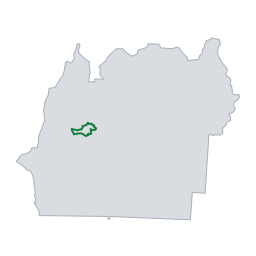 location of Sharg An Neel, Khartoum, Sudan, rotated 181°
{"feature_id": "16777658B39366456594232", "entity_name": "Sharg An Neel", "entity_type": "district", "adm_level": 2, "iso_a3": "SDN", "parent_name": "Sudan", "parent_adm1": "Khartoum", "projection": "orthographic", "projection_center": [33.17, 15.691], "detail": "fine", "context": "in_parent", "style": "outline", "palette": "green", "viewbox_px": 256, "rotation_deg": 181, "n_neighbors": 0, "source": "geoboundaries", "source_scale": "gbopen_adm2", "svg_char_len": 5479}
<svg xmlns="http://www.w3.org/2000/svg" viewBox="0 0 256 256"><g transform="rotate(181 128 128)"><path d="M180.4,211.3L177.8,211.3L177.6,210.7L177.6,209.0L177.9,207.8L178.8,205.8L178.6,204.7L178.7,203.2L178.0,201.5L172.0,196.4L170.8,195.0L167.5,193.7L168.1,192.3L166.7,182.0L167.4,180.8L167.6,178.9L167.6,177.4L168.4,174.7L168.4,173.6L162.0,173.5L161.9,174.6L162.2,175.9L162.2,176.4L153.3,176.4L156.9,180.5L157.0,182.3L156.8,184.5L156.8,185.9L157.0,186.9L158.0,188.7L157.9,189.0L157.7,189.5L151.3,194.8L150.3,197.3L149.4,198.6L147.5,200.9L141.7,206.6L140.7,207.0L136.3,207.1L135.9,207.2L135.5,207.5L135.3,207.4L131.6,204.0L125.2,199.8L121.0,201.9L119.8,202.7L119.8,204.6L119.1,205.6L118.0,206.7L114.9,207.3L113.2,207.9L111.3,208.9L109.4,210.7L109.2,211.7L109.4,212.6L98.7,212.3L98.0,211.6L96.5,208.5L95.4,208.7L85.6,208.0L84.2,208.3L81.4,209.5L79.9,209.7L78.5,209.0L73.5,202.9L72.4,202.1L71.3,200.6L70.2,200.0L69.8,199.5L69.7,198.8L69.8,197.5L69.4,196.7L68.6,196.5L61.7,197.6L60.8,197.4L59.3,197.6L58.8,197.8L58.2,198.6L58.1,200.3L57.9,201.1L57.3,202.0L55.3,203.9L54.9,204.8L54.9,207.0L54.7,208.2L54.4,208.7L53.5,209.5L53.2,210.0L52.8,212.9L51.7,214.5L51.4,215.2L51.3,216.4L51.2,216.8L48.0,217.6L46.8,218.2L46.1,219.2L45.9,219.6L44.6,219.2L42.9,218.8L39.7,218.4L38.4,217.9L37.8,217.2L38.0,215.4L37.7,215.0L37.2,214.7L36.9,213.9L37.0,213.0L38.7,211.1L39.1,210.1L39.7,205.0L39.6,203.5L38.4,200.6L35.4,195.6L34.7,194.6L30.9,190.4L30.5,189.7L29.6,188.0L30.8,184.3L30.9,183.3L30.7,182.2L29.7,181.4L28.8,181.2L27.7,180.2L27.0,179.7L26.4,178.8L26.0,177.5L26.5,173.1L26.3,172.5L25.3,172.3L25.1,172.0L25.1,171.2L24.7,168.6L24.2,166.5L24.6,165.4L23.8,163.8L22.3,163.0L19.2,163.4L18.2,163.3L17.6,162.9L17.1,162.3L16.9,161.6L17.2,160.6L18.2,158.8L19.3,157.3L21.6,156.1L22.2,155.3L22.6,154.5L22.7,153.6L22.6,152.6L22.3,151.6L21.8,150.4L21.2,148.9L21.3,148.0L21.6,147.3L22.2,146.5L24.4,145.0L26.7,143.8L27.1,143.3L27.0,142.7L26.0,141.6L25.8,139.4L25.3,137.9L26.5,136.8L27.4,136.4L28.7,136.2L29.2,135.7L29.4,134.8L29.4,133.9L29.9,133.3L30.6,132.0L31.1,131.4L32.9,129.8L33.3,128.8L33.5,127.8L33.2,124.7L34.2,123.5L35.5,122.5L37.3,122.7L40.1,122.6L42.1,122.2L43.4,122.3L46.5,123.0L46.8,122.8L47.0,122.0L49.8,64.1L62.4,64.7L62.6,64.6L64.0,37.3L143.1,39.2L143.7,39.1L145.0,36.6L145.5,36.4L146.3,36.6L146.6,37.2L145.9,39.2L215.2,38.9L215.4,42.0L216.0,44.5L218.1,48.0L219.8,49.9L220.4,51.0L220.5,51.5L220.4,51.9L219.9,51.4L219.1,51.1L219.0,52.7L219.5,56.1L220.2,58.5L219.8,60.8L219.9,64.5L220.9,69.0L220.8,71.9L222.5,78.6L224.0,82.3L224.8,83.2L225.7,83.7L227.4,83.9L229.9,85.8L231.9,87.7L232.7,88.8L233.7,89.9L234.3,89.7L234.7,89.4L235.4,90.3L238.6,92.2L239.1,93.1L238.0,94.1L236.7,95.7L236.1,97.2L235.8,97.6L234.7,98.6L234.6,99.0L234.1,99.3L233.6,99.3L232.6,99.9L231.6,99.7L230.6,100.0L230.3,100.4L229.5,100.7L228.5,100.9L226.9,102.2L225.4,102.8L225.0,103.3L224.3,105.8L223.7,106.4L221.6,106.5L220.6,106.8L219.2,106.5L218.5,106.6L218.3,107.1L218.1,109.2L218.1,110.1L217.0,112.6L217.4,117.1L216.3,120.5L216.2,121.3L215.0,124.0L214.5,125.0L213.0,130.0L212.5,131.6L211.2,133.2L212.7,145.2L211.7,148.9L211.8,150.9L211.1,153.9L210.5,155.3L209.5,156.9L208.7,158.8L208.1,161.3L207.7,165.9L207.4,166.3L203.6,166.9L202.4,167.3L201.6,167.8L200.6,169.0L198.7,172.3L197.6,174.3L196.0,177.0L194.2,178.9L193.8,179.9L193.5,181.6L192.8,184.4L192.2,186.4L192.3,187.9L191.7,190.7L191.8,192.0L191.2,192.8L190.3,193.5L189.7,193.7L187.0,191.8L185.1,193.1L183.9,194.9L183.0,196.7L183.5,200.5L183.5,201.3L183.2,202.2L181.4,205.9L180.9,207.6L180.4,210.6L180.4,211.3Z" fill="#d9dde1" stroke="#a8b0b8" stroke-width="1"/><path d="M184.1,125.9L183.5,123.6L183.1,123.0L182.5,121.9L182.1,121.3L182.1,121.2L181.9,120.8L181.4,120.9L180.0,121.2L179.2,121.4L178.8,121.5L178.7,121.5L177.4,121.6L176.9,121.7L174.6,121.8L173.5,121.4L172.8,121.1L172.5,120.8L171.8,120.3L171.6,120.0L170.5,119.7L170.2,119.5L169.8,119.4L169.6,119.3L168.4,120.3L168.2,120.5L168.0,120.4L168.1,120.1L167.9,120.0L167.6,120.2L167.5,120.5L167.8,120.9L167.9,121.1L167.8,121.4L167.6,121.5L167.0,121.6L166.6,121.6L166.2,121.4L165.7,121.3L165.1,121.4L164.8,121.6L164.7,122.0L164.9,123.0L165.2,124.8L165.3,125.8L165.3,126.0L165.0,126.0L164.7,125.9L164.2,125.7L163.5,125.4L163.2,125.3L162.4,125.3L162.0,125.4L161.6,125.5L161.4,125.6L161.2,125.6L161.1,125.8L160.9,125.9L160.4,125.9L160.3,126.0L160.3,126.4L160.3,126.6L160.2,126.8L160.3,126.8L160.4,127.0L160.4,127.3L160.5,127.5L160.7,127.9L160.8,128.0L161.0,128.1L161.4,128.2L161.4,128.3L161.5,128.5L161.8,128.8L162.0,128.9L162.0,129.0L161.9,129.2L161.9,129.3L162.0,129.4L162.0,129.5L162.5,129.7L162.5,129.8L162.6,130.0L162.8,130.1L162.9,130.3L162.9,130.5L163.0,130.5L163.3,130.6L163.5,130.7L163.8,130.8L164.0,130.8L164.2,131.0L164.3,131.1L164.5,131.1L164.6,131.3L164.8,131.6L165.0,131.7L165.3,131.7L165.5,131.6L165.8,131.6L166.1,131.5L166.3,131.4L166.6,131.4L166.8,131.4L167.3,131.5L167.8,132.2L168.0,132.4L168.4,132.4L168.5,132.3L168.6,132.2L168.6,131.5L168.6,131.3L169.2,131.0L169.3,130.9L169.9,130.0L170.7,130.1L170.8,130.1L171.3,129.8L172.2,129.3L172.8,128.9L173.3,129.1L173.3,128.7L173.4,128.1L173.4,127.9L173.5,127.7L173.7,127.3L173.9,127.0L174.0,126.7L174.0,126.4L174.2,126.2L174.3,126.1L174.5,126.0L174.6,125.9L174.8,125.8L175.0,125.9L175.3,125.9L175.5,125.7L175.8,125.6L176.1,125.5L176.4,125.5L176.8,125.4L178.0,125.1L178.9,124.8L179.4,125.0L179.8,125.1L180.1,125.2L180.3,125.3L180.5,125.3L180.8,125.3L181.2,125.4L182.9,125.7L183.9,125.9L184.1,125.9Z" fill="none" stroke="#15803d" stroke-width="2"/></g></svg>